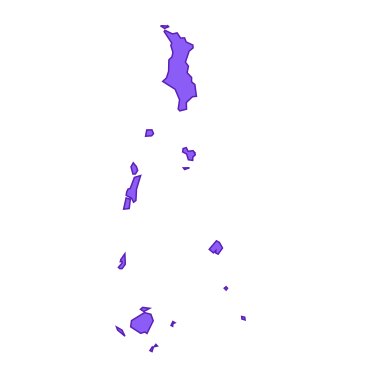 Maluku Barat Daya, Maluku, Indonesia (Robinson projection), rotated 96°
{"feature_id": "22746128B88480653802061", "entity_name": "Maluku Barat Daya", "entity_type": "district", "adm_level": 2, "iso_a3": "IDN", "parent_name": "Indonesia", "parent_adm1": "Maluku", "projection": "robinson", "projection_center": [127.795, -7.318], "detail": "medium", "context": "isolated", "style": "filled", "palette": "violet", "viewbox_px": 384, "rotation_deg": 96, "n_neighbors": 0, "source": "geoboundaries", "source_scale": "gbopen_adm2", "svg_char_len": 1951}
<svg xmlns="http://www.w3.org/2000/svg" viewBox="0 0 384 384"><g transform="rotate(96 192 192)"><path d="M96.4,197.6L84.8,200.4L82.5,203.9L78.1,204.4L73.9,209.3L67.3,208.7L63.5,212.1L52.2,209.6L48.6,206.0L45.8,206.5L43.4,213.5L39.5,215.5L40.1,219.5L35.3,223.4L36.8,228.0L34.0,235.8L35.4,236.4L46.0,227.7L48.4,228.4L55.1,225.6L59.6,226.0L63.0,228.8L74.4,227.9L81.2,229.3L85.1,232.7L91.6,219.5L101.6,214.0L110.9,214.4L112.6,212.6L110.2,206.1L103.6,207.0L97.2,201.5L96.4,197.6ZM324.1,217.1L317.9,220.1L316.9,226.6L326.2,238.7L332.5,238.9L337.9,228.3L336.2,224.3L337.4,222.0L324.1,217.1ZM195.0,247.5L181.0,244.8L183.5,250.8L194.9,253.8L195.9,256.0L199.2,257.0L202.3,257.1L204.5,251.5L208.3,249.0L206.3,246.9L195.0,247.5ZM244.5,155.8L239.3,159.5L238.0,162.6L247.2,168.9L250.3,164.4L247.7,162.2L250.1,162.2L251.1,159.5L244.5,155.8ZM153.3,192.5L150.8,195.3L151.9,200.2L148.5,202.3L149.7,205.4L153.1,205.5L154.8,201.3L160.3,199.0L160.5,194.6L157.2,194.8L154.7,192.6L152.8,193.7L153.3,192.5ZM215.0,252.7L205.7,252.6L204.8,256.9L216.2,258.2L215.0,252.7ZM270.8,250.8L260.4,252.3L266.5,255.7L268.8,256.0L268.4,254.3L270.0,254.1L274.6,257.3L275.8,255.7L275.5,253.5L270.8,250.8ZM176.2,248.3L172.5,250.0L169.1,253.5L173.4,255.3L180.3,252.6L180.0,250.1L176.2,248.3ZM138.0,236.4L134.4,238.3L135.0,243.5L141.4,244.0L140.3,238.0L138.0,236.4ZM342.4,243.6L336.7,247.1L334.1,253.0L337.1,251.5L342.4,243.6ZM312.1,221.9L311.9,229.0L314.0,231.0L315.9,227.4L312.1,221.9ZM30.1,232.5L29.1,233.6L29.5,234.0L29.8,239.2L30.0,240.1L30.3,240.2L32.2,236.4L30.1,232.5ZM313.7,125.8L311.0,126.5L310.6,129.6L313.1,129.1L313.7,125.8ZM323.8,195.2L322.8,197.5L326.9,198.9L327.6,197.2L325.0,197.2L323.8,195.2ZM284.0,146.6L282.6,148.2L284.3,149.9L286.0,147.8L284.0,146.6ZM354.9,215.1L350.9,214.3L350.2,215.3L354.1,217.3L354.9,215.1ZM348.8,210.3L347.3,212.0L349.9,213.6L348.8,210.3ZM170.4,201.7L168.2,197.0L168.9,203.1L170.4,201.7Z" fill="#8b5cf6" stroke="#5b21b6" stroke-width="1.5"/></g></svg>